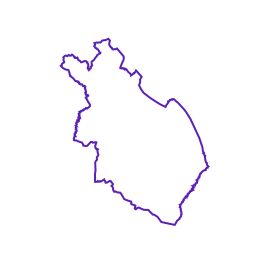 Phaisali, Nakhon Sawan, Thailand (Mercator projection), rotated 123°
{"feature_id": "78962969B15796464090467", "entity_name": "Phaisali", "entity_type": "district", "adm_level": 2, "iso_a3": "THA", "parent_name": "Thailand", "parent_adm1": "Nakhon Sawan", "projection": "mercator", "projection_center": [100.69, 15.558], "detail": "fine", "context": "isolated", "style": "outline", "palette": "violet", "viewbox_px": 256, "rotation_deg": 123, "n_neighbors": 0, "source": "geoboundaries", "source_scale": "gbopen_adm2", "svg_char_len": 5853}
<svg xmlns="http://www.w3.org/2000/svg" viewBox="0 0 256 256"><g transform="rotate(123 128 128)"><path d="M183.8,36.0L179.1,36.3L176.0,35.3L175.6,35.7L173.2,35.4L172.5,35.6L172.1,36.2L170.8,36.2L170.5,36.8L169.0,37.8L169.0,38.4L167.6,39.2L167.5,39.6L166.9,39.8L166.4,40.5L166.2,41.5L164.8,41.5L164.2,42.7L163.7,42.3L162.5,42.0L160.9,42.3L160.9,42.0L160.1,42.0L159.8,41.7L159.2,42.1L158.4,41.9L158.3,42.3L157.8,42.5L157.6,42.3L157.3,42.5L156.8,42.3L156.3,42.4L155.9,42.0L155.0,42.2L154.6,41.9L153.9,42.4L153.4,41.9L153.4,41.6L152.7,41.5L152.9,41.3L152.5,41.4L152.4,41.1L151.8,41.3L151.3,41.9L150.8,41.8L150.5,42.0L150.2,41.8L150.2,42.0L150.1,41.5L149.6,41.5L149.5,41.3L148.5,41.5L148.1,41.2L147.6,41.2L147.7,41.4L147.5,41.5L146.9,41.4L146.9,41.1L146.2,40.9L146.2,40.7L145.8,40.8L145.7,40.4L145.4,40.5L145.1,40.2L144.8,40.5L144.6,40.2L144.4,40.4L144.3,40.2L144.1,40.7L143.9,40.3L143.6,40.8L143.3,40.7L142.7,41.1L142.4,40.8L142.4,41.1L141.6,41.2L141.5,41.7L141.4,41.5L140.9,41.4L140.6,41.7L140.3,41.4L139.9,41.5L139.8,41.2L139.4,41.3L139.4,40.7L139.0,40.9L137.4,40.6L137.2,40.9L136.5,40.3L134.9,40.9L135.1,41.2L134.5,41.7L134.2,41.6L134.2,41.9L133.6,41.5L133.2,41.6L133.0,41.8L132.5,41.6L131.6,41.8L131.6,41.4L130.2,41.8L130.1,41.5L129.8,41.7L129.1,41.7L128.6,42.3L127.3,42.3L127.0,42.5L126.4,42.0L125.6,42.0L125.3,42.3L123.5,41.8L121.4,40.8L121.4,40.4L120.8,39.9L119.6,40.5L118.5,40.2L118.0,39.7L117.8,40.0L116.4,39.6L116.1,41.4L114.3,43.0L114.5,43.7L114.3,44.0L110.7,47.6L109.3,48.1L109.4,48.8L108.3,50.0L108.2,51.2L107.4,50.9L106.7,52.5L103.7,55.0L97.5,62.8L86.4,80.6L83.0,87.9L81.8,91.3L79.6,99.9L79.3,102.9L78.8,105.4L79.3,106.1L79.9,106.3L79.9,106.6L80.3,106.6L80.3,107.0L80.9,107.5L81.6,107.6L81.8,108.2L83.4,108.1L83.9,108.8L84.5,108.3L85.6,108.1L87.8,108.3L89.9,108.0L90.6,113.8L90.7,119.7L90.7,125.9L90.0,134.1L88.4,138.1L86.3,141.8L85.8,142.2L83.5,142.5L80.6,144.3L77.6,144.5L75.4,152.6L78.0,152.4L78.9,152.6L79.0,153.2L80.8,153.4L82.2,154.1L81.7,154.4L81.2,155.6L80.8,158.6L80.0,160.4L80.0,161.0L79.7,161.3L79.7,161.8L80.0,161.9L79.8,162.3L80.2,162.5L80.2,162.8L80.4,162.6L80.8,162.7L80.4,164.1L80.9,164.6L80.8,165.3L81.6,165.8L81.8,166.5L81.5,166.9L81.7,167.3L77.2,168.3L73.8,168.7L71.9,169.5L70.3,170.7L67.3,180.6L68.8,181.4L69.1,182.2L70.3,183.2L70.2,184.6L69.5,185.3L69.7,186.5L69.2,187.0L68.8,188.5L68.3,189.1L66.6,190.1L64.5,190.8L63.9,193.1L66.8,194.9L67.2,195.7L68.7,197.2L71.2,197.6L72.1,199.0L73.0,199.9L73.3,200.8L75.1,202.4L75.9,201.0L76.3,200.8L77.7,201.0L78.6,198.9L78.4,198.6L78.6,198.0L78.3,197.7L78.6,197.0L78.5,195.7L80.2,192.8L79.9,192.2L80.5,191.9L81.1,192.5L84.1,193.6L84.9,193.3L86.6,193.6L89.8,193.7L92.2,194.6L94.0,193.5L95.1,192.1L97.2,192.7L97.8,191.9L98.3,191.8L98.9,192.4L99.7,192.1L100.8,192.3L99.9,194.3L96.5,195.7L95.9,196.6L96.0,197.3L94.9,197.9L95.1,199.1L94.8,199.7L95.5,201.0L97.6,202.2L98.5,203.2L97.8,205.1L98.1,206.0L97.9,206.9L96.5,208.8L97.8,209.8L98.2,210.9L98.1,211.3L97.3,211.5L97.4,212.6L97.0,213.6L97.0,215.0L98.3,215.2L99.0,216.1L98.9,217.4L100.8,218.0L101.0,219.5L101.9,220.2L103.8,220.7L104.2,220.2L106.4,218.9L107.4,217.4L108.2,217.4L109.5,218.2L111.0,218.2L111.7,217.6L112.5,218.1L113.2,215.5L112.8,211.6L111.9,210.0L111.9,209.4L113.8,207.0L114.6,206.1L114.8,206.1L115.4,204.8L115.9,204.9L116.1,201.3L117.2,197.9L116.2,195.4L116.2,195.1L116.8,195.0L116.5,193.9L116.9,193.9L117.4,193.0L117.2,192.7L117.5,192.2L117.3,191.5L116.9,191.3L116.5,190.3L117.4,188.5L116.6,187.8L116.8,187.1L116.4,187.0L116.4,186.6L116.8,186.1L117.6,186.1L118.2,185.5L118.6,185.5L118.7,184.7L119.4,184.3L120.2,183.1L120.6,183.2L120.9,182.8L121.6,183.1L122.0,182.4L122.5,182.2L122.5,181.7L122.9,181.6L123.1,180.8L122.5,180.3L122.6,179.7L122.3,179.3L122.6,178.9L124.6,179.8L124.8,179.6L125.7,179.9L126.0,178.8L127.9,175.5L128.5,173.8L129.4,172.4L130.5,171.8L133.4,172.6L133.9,172.8L133.8,173.5L134.1,173.7L133.9,173.8L134.1,174.2L134.6,174.1L136.0,174.6L136.4,175.3L136.7,175.4L137.1,174.9L137.7,175.1L138.3,176.0L139.3,176.1L139.5,176.9L140.1,177.1L140.4,176.9L140.5,177.1L140.8,177.0L141.0,177.3L141.2,176.9L141.7,176.9L141.7,176.6L142.1,176.5L142.8,177.0L143.1,176.5L143.7,176.5L144.1,176.0L144.0,175.7L144.9,175.6L144.6,175.4L145.0,174.9L144.8,174.7L145.2,174.3L145.2,174.6L145.6,174.6L145.4,174.4L145.8,174.2L145.8,173.9L146.9,174.0L146.8,173.7L147.5,173.6L147.5,174.4L148.4,174.4L148.6,174.0L148.1,173.9L148.3,173.4L149.1,172.9L150.4,173.6L150.3,174.0L150.7,173.7L151.2,173.8L151.3,174.1L151.9,173.8L152.4,174.1L152.6,173.8L152.5,173.4L152.9,172.9L154.0,172.7L154.4,173.0L154.6,172.3L154.8,172.7L155.2,172.1L155.9,172.2L156.2,171.6L156.6,171.5L156.7,171.1L157.2,171.2L157.2,170.8L157.9,170.2L157.9,169.7L158.4,169.4L159.5,169.6L159.9,169.3L160.0,169.7L160.6,169.2L160.9,169.3L160.9,169.6L162.0,169.6L162.3,168.8L162.8,168.4L163.3,168.5L163.5,168.0L163.7,168.5L164.4,168.0L165.2,168.1L166.7,167.5L166.7,167.2L167.6,166.7L167.5,166.1L166.3,163.9L166.4,162.8L165.3,158.6L166.2,156.8L167.1,155.9L166.5,154.8L166.3,153.7L165.2,152.5L160.0,151.6L159.2,150.3L159.4,149.2L157.6,147.6L157.3,146.7L161.0,145.7L162.5,144.4L162.7,144.0L162.4,143.3L162.8,142.8L162.2,142.1L162.2,141.6L163.4,141.5L165.0,140.2L166.6,138.2L167.5,138.0L169.2,138.2L170.4,137.7L171.4,136.7L173.5,137.0L175.0,136.6L181.3,132.1L184.8,130.5L191.1,126.3L190.0,124.7L189.0,124.5L189.2,123.7L188.6,122.7L188.2,122.8L188.0,122.2L187.4,121.9L187.2,121.3L184.1,120.0L185.4,117.7L186.0,117.3L186.1,116.8L184.7,115.6L182.4,114.5L181.9,113.9L183.2,110.1L184.1,109.9L185.5,110.3L185.7,109.2L186.6,107.7L187.8,106.9L188.7,105.7L189.0,104.7L187.9,103.8L187.8,101.8L186.5,99.5L186.8,98.1L189.7,92.4L189.0,88.8L188.0,85.3L188.6,84.6L189.6,84.4L190.0,83.4L189.0,79.6L189.4,79.3L191.6,78.7L192.1,77.5L191.9,77.2L190.6,76.9L188.9,75.8L188.0,70.1L185.7,66.4L187.1,60.1L186.5,58.9L186.4,54.9L188.7,48.8L183.8,36.0Z" fill="none" stroke="#5b21b6" stroke-width="2"/></g></svg>